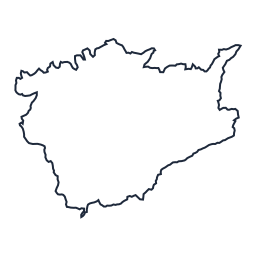 Natividade da Serra, São Paulo, Brazil
{"feature_id": "56859067B75442298859642", "entity_name": "Natividade da Serra", "entity_type": "district", "adm_level": 2, "iso_a3": "BRA", "parent_name": "Brazil", "parent_adm1": "São Paulo", "projection": "orthographic", "projection_center": [-45.377, -23.427], "detail": "fine", "context": "isolated", "style": "outline", "palette": "slate", "viewbox_px": 256, "rotation_deg": 0, "n_neighbors": 0, "source": "geoboundaries", "source_scale": "gbopen_adm2", "svg_char_len": 4455}
<svg xmlns="http://www.w3.org/2000/svg" viewBox="0 0 256 256"><path d="M181.6,161.1L184.6,160.4L185.9,159.5L187.3,158.1L189.6,156.9L192.3,155.7L193.4,153.6L195.4,152.9L197.2,151.8L198.5,150.0L200.8,149.4L203.0,148.3L204.7,147.7L206.4,146.7L209.0,145.0L211.5,144.2L213.2,143.9L215.2,144.0L217.4,142.8L219.4,142.9L221.4,141.6L223.1,140.4L225.0,140.1L228.0,138.2L231.8,136.8L233.9,135.5L234.1,132.8L234.7,130.6L234.2,128.2L232.7,127.0L233.2,125.2L234.1,123.4L235.4,121.1L234.0,120.3L236.4,118.5L238.7,117.6L238.0,114.3L237.7,111.0L235.3,108.9L233.8,109.2L231.6,108.9L229.0,109.8L227.5,109.6L225.8,107.8L223.2,107.9L221.7,108.7L219.7,109.9L218.4,107.9L219.0,105.0L218.5,102.8L217.8,100.8L219.4,100.3L220.9,98.2L220.3,95.8L220.5,92.9L219.0,91.1L219.8,88.7L220.0,85.9L220.2,83.8L221.0,81.8L221.7,79.2L221.4,77.0L222.3,74.9L224.4,72.0L223.4,70.0L222.8,67.8L225.3,64.2L226.9,60.8L229.4,59.8L231.0,58.2L233.2,56.8L235.4,54.2L236.4,51.5L238.5,49.2L240.6,45.7L238.2,45.1L235.6,45.1L234.1,45.9L231.3,47.1L228.8,48.6L226.1,49.5L223.8,49.1L222.0,49.8L219.0,49.7L219.3,51.9L218.2,53.9L219.2,56.1L217.7,56.8L215.9,58.1L214.4,59.2L213.4,61.3L211.9,64.1L210.6,65.5L210.0,67.5L208.7,68.6L207.7,70.1L206.4,71.4L204.6,71.4L203.2,69.9L201.2,69.7L198.8,67.3L197.5,68.3L195.7,68.4L195.2,66.7L192.8,64.3L191.8,67.3L190.8,69.1L188.6,68.8L185.3,69.3L185.8,67.0L185.4,64.2L183.1,64.2L181.1,63.6L179.0,64.1L176.7,64.4L175.5,65.7L172.5,65.5L169.6,65.6L167.2,66.9L165.0,68.5L163.3,72.2L160.1,72.1L159.4,70.0L158.4,68.0L156.6,68.1L154.6,67.9L152.5,68.1L150.1,67.8L148.1,66.6L145.4,66.8L143.8,67.1L144.5,64.5L146.0,63.2L147.7,61.8L150.1,58.3L151.0,55.7L151.7,53.9L153.3,52.7L153.7,50.9L155.1,50.3L153.9,48.4L151.7,48.3L149.5,49.4L147.4,50.2L145.3,51.2L143.5,52.7L141.1,54.2L138.9,53.7L136.5,53.2L133.8,52.7L131.9,52.0L130.4,53.5L128.5,52.7L126.5,52.9L125.6,51.2L124.5,49.4L123.4,47.2L122.1,45.4L119.7,44.5L118.2,43.8L116.5,42.9L115.6,40.3L113.4,39.0L110.6,40.1L108.3,41.0L106.2,40.9L105.0,42.8L106.4,44.1L103.7,45.2L102.2,46.1L100.3,47.1L98.6,48.1L97.0,48.3L95.3,49.4L94.7,52.5L94.8,55.2L93.0,56.8L91.7,55.5L90.2,53.9L89.7,50.5L87.4,48.4L85.1,49.5L83.0,50.4L82.3,52.1L83.4,54.6L84.3,57.1L84.9,59.5L83.4,59.5L82.1,57.5L80.4,55.3L77.0,55.3L75.0,56.1L75.0,59.0L75.5,62.8L77.0,65.1L77.7,67.3L76.1,69.8L74.2,68.9L72.8,67.9L71.6,65.8L70.8,64.0L69.4,62.7L67.4,61.9L64.1,62.1L62.3,62.7L60.8,61.9L60.0,63.7L59.7,66.7L58.2,68.0L56.0,67.6L53.6,65.2L52.7,62.0L50.4,63.6L50.0,66.5L47.8,68.0L47.1,69.9L47.8,71.6L45.6,72.5L43.7,72.7L42.4,71.3L40.5,70.1L39.0,68.6L37.6,70.1L35.8,72.4L34.3,73.7L31.7,75.2L30.2,75.5L28.5,73.9L27.0,72.2L24.3,72.5L23.0,71.3L21.4,70.8L20.8,73.3L21.3,75.7L22.1,77.8L20.4,78.9L18.9,77.9L16.8,77.9L16.0,80.4L16.4,83.0L15.5,85.1L15.5,88.1L15.4,90.3L16.3,92.1L17.5,93.3L19.0,94.3L20.6,94.6L22.1,94.0L23.0,95.4L25.1,96.0L27.9,95.7L30.0,95.4L32.4,94.1L34.2,93.3L36.8,92.3L36.8,95.2L35.6,98.2L33.4,101.2L31.9,102.6L30.5,106.1L30.8,107.9L30.2,109.6L28.7,110.8L28.0,112.8L26.2,114.7L21.5,116.8L21.8,118.7L23.2,120.6L22.7,123.7L21.5,122.6L19.6,123.8L20.0,125.4L21.3,126.4L22.8,128.6L23.7,131.8L24.1,134.4L24.1,136.8L25.5,138.8L27.2,141.3L29.0,143.1L31.0,143.6L32.8,144.0L35.6,143.9L37.9,143.9L40.9,144.6L43.0,145.4L44.6,146.3L45.0,148.0L44.3,149.7L44.5,152.0L45.6,154.8L45.4,157.3L46.7,160.3L48.6,161.9L50.7,161.1L52.3,163.1L52.8,165.7L53.1,168.7L54.0,170.7L53.7,172.3L55.6,175.1L57.7,176.2L57.6,179.3L58.6,182.3L58.0,185.3L56.7,188.0L55.6,191.1L56.8,193.0L58.0,194.3L59.8,194.6L61.8,194.4L63.3,194.9L64.8,196.6L65.6,199.2L66.6,201.9L66.0,204.4L66.9,206.9L68.6,207.1L70.8,207.6L73.7,207.8L75.9,207.7L77.7,208.4L79.6,209.3L81.4,208.3L84.1,208.6L84.0,211.1L82.4,212.9L81.2,214.9L81.3,217.0L83.0,215.9L84.2,214.5L85.0,212.4L86.8,212.0L86.8,209.5L87.4,206.3L88.0,204.6L89.7,203.5L91.7,202.9L94.2,202.4L96.9,201.3L98.4,200.1L99.2,202.0L100.5,204.4L102.1,205.2L103.8,206.5L105.8,206.5L107.1,205.6L109.6,205.7L111.4,205.5L113.4,204.5L115.6,204.9L117.1,204.4L119.0,204.3L120.9,203.6L122.4,202.1L124.3,200.8L127.2,199.4L127.4,196.8L129.8,196.0L131.8,196.8L133.7,195.8L135.6,195.1L137.7,197.1L140.0,199.3L143.0,199.6L143.4,196.6L143.6,194.1L145.7,192.3L146.9,191.0L148.8,189.1L151.5,189.7L153.0,188.2L153.3,186.3L153.9,184.7L156.1,183.3L155.8,180.9L156.8,179.2L157.0,177.4L158.1,174.8L160.9,174.1L160.7,171.8L161.3,169.8L162.6,168.8L165.4,167.3L168.2,165.3L170.2,164.6L171.6,163.4L173.0,162.4L175.2,162.2L177.0,162.3L178.7,161.3L181.6,161.1Z" fill="none" stroke="#1e293b" stroke-width="2"/></svg>